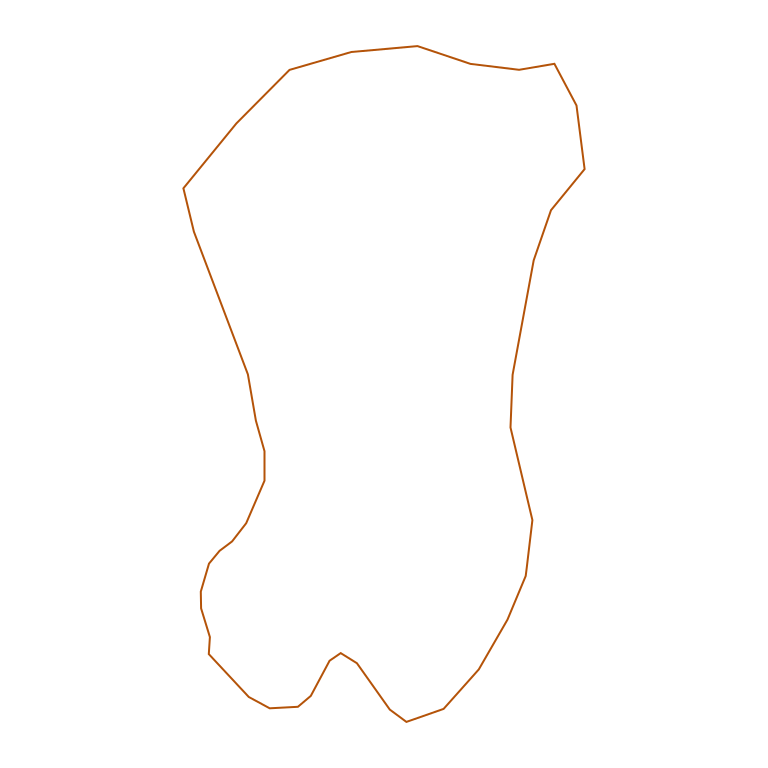 outline of Dragaš
{"feature_id": "KOS-5909", "entity_name": "Dragaš", "entity_type": "District", "adm_level": 1, "iso_a3": "XKX", "parent_name": "Kosovo", "parent_adm1": "", "projection": "albers", "projection_center": [20.657, 41.99], "detail": "fine", "context": "isolated", "style": "outline", "palette": "amber", "viewbox_px": 768, "rotation_deg": 0, "n_neighbors": 0, "source": "natural_earth", "source_scale": "10m", "svg_char_len": 661}
<svg xmlns="http://www.w3.org/2000/svg" viewBox="0 0 768 768"><path d="M208.8,654.1L209.9,637.1L201.1,608.4L200.8,591.6L209.0,563.6L219.6,550.8L232.1,541.4L246.2,523.2L264.5,480.7L264.5,451.2L255.9,420.7L247.9,374.4L193.9,231.7L183.4,188.3L236.4,123.4L289.5,69.9L351.3,52.0L417.5,46.1L470.5,63.9L519.1,69.8L554.4,63.8L576.5,105.5L584.6,169.1L551.0,210.2L533.7,260.3L512.6,374.8L510.5,427.5L527.2,498.2L532.4,520.1L526.7,568.1L525.7,576.0L507.5,619.6L478.8,669.4L463.4,686.7L443.6,708.9L406.4,721.9L389.8,709.6L356.9,663.2L340.7,653.1L329.6,660.7L310.8,695.9L297.9,706.8L269.7,708.3L248.8,697.0L208.8,654.1Z" fill="none" stroke="#b45309" stroke-width="2"/></svg>